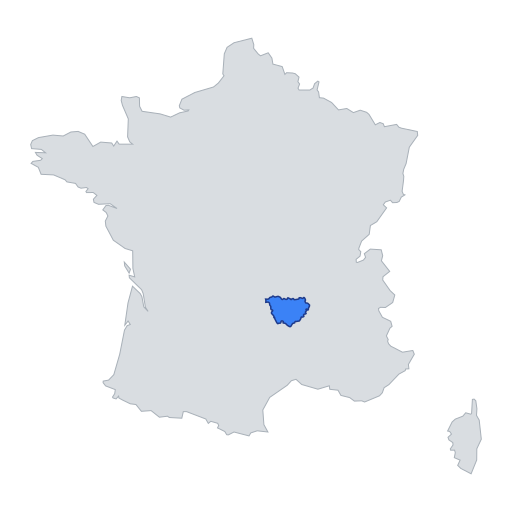 location of Haute-Loire within France
{"feature_id": "FRA-5299", "entity_name": "Haute-Loire", "entity_type": "Metropolitan department", "adm_level": 1, "iso_a3": "FRA", "parent_name": "France", "parent_adm1": "", "projection": "orthographic", "projection_center": [3.906, 45.086], "detail": "fine", "context": "in_parent", "style": "filled", "palette": "blue", "viewbox_px": 512, "rotation_deg": 0, "n_neighbors": 0, "source": "natural_earth", "source_scale": "10m", "svg_char_len": 6349}
<svg xmlns="http://www.w3.org/2000/svg" viewBox="0 0 512 512"><path d="M404.9,194.9L401.3,197.1L399.2,201.4L396.9,202.5L392.6,202.7L390.4,200.2L385.3,202.0L383.3,204.8L386.6,207.9L376.8,221.7L370.4,225.5L369.2,234.3L361.6,241.1L358.9,248.1L358.7,249.5L360.8,251.7L360.0,256.2L356.1,259.3L356.3,262.2L357.4,262.5L363.4,260.1L365.6,257.3L364.3,253.7L370.3,249.1L381.2,249.8L382.7,255.7L381.4,260.8L389.7,271.4L383.0,276.7L382.7,280.0L390.2,290.7L394.8,295.0L392.7,302.5L385.4,307.5L380.5,307.3L378.5,308.5L378.8,310.8L382.4,317.3L390.7,321.3L392.1,326.3L389.9,328.2L386.4,335.9L388.2,339.6L387.6,341.2L388.6,343.8L390.8,346.2L402.5,352.2L412.8,350.5L414.3,354.2L408.4,364.4L408.9,368.8L405.7,369.0L405.2,370.6L398.9,374.1L388.9,384.6L384.1,387.7L382.3,392.8L379.5,395.8L364.6,402.0L361.7,400.8L354.4,401.1L349.7,397.6L340.9,395.4L338.0,390.2L329.8,389.3L329.3,385.8L317.9,389.2L301.7,384.5L296.0,379.3L291.4,380.7L287.2,385.3L269.7,397.4L262.8,410.0L263.9,424.7L267.9,432.0L257.2,430.8L250.8,432.9L249.0,435.9L234.0,432.0L228.3,434.9L226.7,434.7L224.8,431.5L217.5,427.9L218.7,425.5L217.7,423.3L210.8,421.3L208.3,423.4L205.8,419.0L186.5,411.6L183.3,411.6L181.8,418.2L169.3,417.5L167.5,416.2L159.4,417.2L151.1,410.6L141.4,411.3L135.9,404.5L130.3,403.8L122.5,400.0L118.9,398.0L118.6,396.1L116.1,398.9L113.1,398.0L112.5,397.1L114.7,393.7L115.3,389.6L105.6,385.9L103.1,382.7L103.2,381.1L108.6,380.1L113.8,374.7L119.7,354.3L124.5,330.1L127.2,325.6L130.3,324.5L128.1,321.0L124.8,325.2L128.0,302.9L132.5,286.2L140.2,293.6L141.9,296.7L143.8,306.9L148.1,311.4L145.4,307.2L143.2,293.6L141.6,289.7L129.4,277.8L129.1,275.2L134.7,276.9L132.9,268.4L132.7,250.8L125.1,248.5L113.3,240.2L105.9,226.2L105.3,221.1L107.9,216.0L106.2,212.5L102.8,209.9L105.9,205.6L108.4,205.3L117.0,208.5L110.2,203.7L98.5,204.3L94.0,202.4L93.4,199.2L96.9,195.4L93.2,192.5L86.6,192.6L85.9,191.5L88.1,188.7L86.5,187.5L81.0,188.2L78.1,187.0L75.5,183.4L66.9,181.9L65.1,179.8L53.6,174.9L41.1,174.3L38.3,167.3L31.1,163.4L32.9,161.4L40.6,160.3L42.3,158.6L37.1,155.3L35.4,152.4L45.6,152.8L41.3,149.4L31.6,148.6L30.7,144.5L32.4,140.6L38.5,137.6L52.9,135.1L63.2,136.0L70.9,132.0L78.1,131.4L84.7,134.2L92.9,146.5L100.7,142.1L111.7,143.0L113.7,146.1L117.0,141.1L119.2,144.2L132.7,144.2L129.8,141.9L127.6,136.9L128.3,118.9L122.5,105.4L121.2,100.5L121.9,96.5L129.7,97.8L136.4,96.5L139.4,97.9L139.6,106.3L142.1,111.3L160.2,113.9L170.6,117.1L179.7,112.8L188.1,111.0L188.8,109.9L184.0,110.2L179.8,107.9L179.3,105.7L181.9,99.2L194.8,92.5L213.5,87.0L218.3,83.1L224.0,75.8L222.8,73.9L224.3,53.8L227.1,47.3L234.1,42.7L251.8,38.2L253.8,44.7L253.6,48.3L258.2,54.0L260.5,55.8L268.2,52.8L271.9,58.1L272.9,64.1L282.2,66.6L284.9,74.4L286.6,72.7L292.5,73.0L295.2,73.7L299.0,77.1L297.9,81.7L299.6,84.0L298.0,88.2L299.1,90.0L309.9,90.0L313.1,88.0L314.6,83.7L317.8,81.1L319.0,81.9L317.1,89.9L318.6,92.0L319.4,97.7L323.5,98.1L331.6,102.5L338.5,109.9L346.8,108.5L353.4,112.6L360.2,110.2L366.6,112.3L369.0,114.4L375.3,124.8L379.9,122.5L383.2,123.7L384.4,126.7L396.6,124.4L398.9,127.2L401.5,128.2L417.3,131.5L417.7,135.4L409.3,147.2L406.1,163.6L403.7,169.3L402.9,173.5L403.8,176.3L403.5,180.7L402.1,191.3L403.3,194.3L404.9,194.9ZM476.9,408.7L476.5,415.4L479.2,420.1L481.3,439.2L476.8,448.8L476.7,460.0L471.1,473.8L460.9,468.5L457.7,465.4L460.1,460.1L454.3,457.7L455.3,452.7L454.6,450.2L450.6,450.2L450.3,448.9L453.0,445.0L452.8,442.6L448.9,439.9L448.0,437.3L451.5,434.1L449.7,431.5L447.6,431.0L452.1,422.0L455.3,419.1L462.8,416.2L465.7,412.8L470.8,414.2L471.6,413.3L472.4,399.4L474.1,399.1L475.8,400.8L476.9,408.7ZM130.5,269.2L129.1,273.1L124.7,265.9L124.3,262.1L130.5,269.2Z" fill="#d9dde1" stroke="#a8b0b8" stroke-width="1"/><path d="M265.8,302.3L265.9,300.7L265.8,299.9L265.6,299.1L267.6,299.2L268.7,298.9L269.8,297.6L270.3,297.3L271.5,297.1L271.9,296.9L272.7,296.1L273.3,296.1L274.5,296.9L274.9,297.1L277.6,296.4L278.4,296.4L280.4,297.4L280.7,297.8L281.3,298.8L281.7,299.2L282.2,299.5L282.6,299.4L283.5,298.8L283.9,298.5L284.3,298.6L285.7,299.4L286.5,299.4L287.2,299.1L287.5,298.2L288.0,297.8L290.5,299.0L290.7,299.4L290.9,299.5L291.1,299.6L291.3,299.5L291.7,299.1L291.9,298.9L292.5,298.8L293.0,298.5L293.3,298.6L293.6,298.9L293.8,299.2L294.0,299.5L294.3,299.7L294.6,299.6L295.6,299.6L298.3,299.1L298.6,299.0L298.9,298.8L299.0,298.5L299.1,298.2L299.1,297.9L299.3,297.8L299.7,297.7L300.5,297.7L301.1,297.9L302.4,298.4L302.7,298.4L302.9,298.3L303.2,298.1L303.6,297.6L303.9,297.5L304.2,297.6L304.6,298.0L305.2,299.1L305.4,299.7L305.5,300.1L305.3,300.4L305.1,300.7L305.0,301.0L305.0,301.4L305.3,301.9L305.4,302.3L305.5,302.6L305.7,302.9L306.2,303.0L307.2,303.1L308.0,303.5L309.0,304.5L309.5,305.0L309.5,305.4L309.5,305.9L309.4,306.2L309.2,306.7L308.6,307.9L308.5,308.1L308.4,308.4L308.4,308.7L308.4,309.3L308.3,309.6L308.2,309.8L308.0,310.0L307.7,310.0L307.5,309.8L307.3,309.6L307.1,309.3L306.8,309.2L306.5,309.1L306.3,309.1L306.1,309.3L306.0,309.6L306.2,309.9L306.5,310.4L306.5,310.7L306.3,311.0L305.9,311.3L305.5,311.8L305.4,312.2L305.5,312.5L305.9,313.0L306.1,313.3L306.0,313.6L305.8,313.8L305.3,314.0L304.6,314.1L304.2,314.2L303.9,314.4L303.6,314.8L303.5,315.1L303.5,315.3L303.8,315.9L303.9,316.2L303.8,316.5L303.3,316.8L302.3,317.1L301.7,317.0L301.4,317.0L301.2,317.2L301.0,317.6L300.9,318.3L300.8,318.6L300.5,319.2L299.7,320.5L299.5,320.8L299.2,321.0L298.7,321.1L297.8,321.2L296.5,321.5L295.5,321.4L295.2,321.5L294.8,322.2L294.7,322.5L294.7,322.8L294.4,323.0L294.2,323.0L293.9,323.0L293.4,323.3L293.1,323.3L292.8,323.4L292.5,323.6L291.1,325.9L290.9,326.2L290.8,326.4L290.1,326.7L289.3,326.5L289.1,326.4L288.9,326.3L288.7,326.0L288.5,325.9L288.1,325.8L287.6,325.5L286.7,324.7L285.8,323.7L285.5,323.5L285.1,323.3L283.3,323.0L283.1,322.9L283.1,322.7L283.1,322.4L283.3,322.2L283.4,321.9L283.3,321.6L283.1,321.3L282.7,321.1L282.2,320.9L281.8,320.9L281.4,321.0L281.2,321.2L281.0,321.5L280.9,322.4L280.8,322.7L280.6,322.9L280.3,323.1L280.1,323.2L279.0,323.2L278.6,323.3L278.3,323.4L277.9,323.7L277.4,323.4L276.8,322.7L275.0,319.2L274.7,318.3L274.6,317.6L274.5,317.4L274.3,317.3L273.9,317.4L273.9,316.4L273.5,315.6L271.6,313.5L271.4,312.9L271.6,312.1L271.9,311.7L272.4,311.3L272.7,310.8L272.6,310.2L272.4,310.0L271.7,309.9L271.4,309.8L270.9,309.1L270.8,308.3L270.8,306.7L270.6,306.1L269.9,305.3L269.7,304.7L269.5,303.1L269.2,302.7L268.4,302.2L267.5,302.1L265.8,302.3Z" fill="#3b82f6" stroke="#1e3a8a" stroke-width="1.5"/></svg>